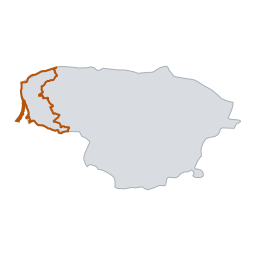 Klaipedos highlighted on a map of Lithuania
{"feature_id": "LTU-935", "entity_name": "Klaipedos", "entity_type": "County", "adm_level": 1, "iso_a3": "LTU", "parent_name": "Lithuania", "parent_adm1": "", "projection": "robinson", "projection_center": [21.636, 55.706], "detail": "fine", "context": "in_parent", "style": "outline", "palette": "amber", "viewbox_px": 256, "rotation_deg": 0, "n_neighbors": 0, "source": "natural_earth", "source_scale": "10m", "svg_char_len": 5173}
<svg xmlns="http://www.w3.org/2000/svg" viewBox="0 0 256 256"><path d="M87.2,166.7L85.6,164.3L83.9,159.9L84.0,156.4L85.0,152.9L89.6,142.7L89.3,141.0L85.9,138.2L81.7,136.1L79.4,131.8L70.9,131.5L62.9,131.8L60.3,131.5L52.7,129.7L45.4,126.9L40.5,125.2L36.3,123.3L34.1,121.3L30.6,121.8L28.2,121.8L28.3,121.5L26.9,118.0L28.3,112.6L25.8,104.7L21.7,95.2L21.4,85.0L21.1,82.7L31.4,77.0L44.2,70.9L47.2,70.3L59.0,66.7L60.6,66.4L71.3,67.1L79.7,68.0L86.8,67.8L90.6,66.9L94.2,67.7L97.0,70.4L99.9,70.1L102.8,68.3L118.7,70.0L122.2,69.9L126.3,70.2L133.7,71.8L138.0,73.3L147.4,72.4L151.4,72.4L153.5,71.8L159.9,67.7L162.7,66.9L165.2,66.2L167.6,66.8L169.2,70.4L174.2,76.4L179.4,77.5L193.9,79.8L196.9,81.1L205.1,86.4L210.1,89.0L213.2,91.1L218.1,95.3L220.9,98.2L225.6,100.5L231.1,102.0L233.0,102.3L233.0,104.4L232.2,108.1L230.5,112.9L228.7,116.6L228.3,118.0L229.8,119.2L237.0,119.8L240.0,120.4L240.6,121.4L239.1,122.7L236.9,123.7L235.9,124.7L234.2,128.3L222.3,127.9L220.7,128.6L220.0,130.3L219.5,132.2L218.0,134.5L214.9,136.5L210.0,137.3L206.0,138.7L203.1,142.9L201.0,148.7L201.1,152.8L201.5,155.0L201.3,156.3L199.8,157.8L197.4,161.5L195.4,165.7L194.7,167.9L195.1,169.0L197.4,169.0L200.7,169.9L202.5,171.5L203.2,173.4L203.3,175.5L202.7,176.6L200.1,177.5L195.9,177.5L193.5,176.5L192.9,175.7L194.1,173.7L193.2,171.3L191.4,169.9L188.0,171.9L184.6,171.9L180.6,173.8L178.0,176.7L175.5,177.8L168.7,177.2L167.0,178.5L165.7,184.6L164.9,185.7L159.2,185.5L153.7,187.9L147.6,189.8L144.4,188.5L142.6,186.9L139.2,187.2L135.5,187.9L133.0,187.5L130.3,187.7L124.9,188.8L118.1,188.5L115.2,187.5L114.9,186.5L115.1,184.2L115.0,180.5L113.9,177.3L110.6,174.5L107.2,172.5L102.9,170.4L99.7,169.5L97.9,169.3L97.5,168.1L96.9,167.1L95.4,166.2L92.2,165.0L89.4,164.7L87.2,166.7ZM17.6,121.1L15.4,120.7L19.8,115.1L21.4,111.5L22.6,106.4L23.7,104.7L23.7,107.1L23.2,111.0L20.4,117.6L17.6,121.1Z" fill="#d9dde1" stroke="#a8b0b8" stroke-width="1"/><path d="M21.4,82.6L22.8,82.4L25.1,82.3L26.6,82.0L27.2,81.1L27.5,79.8L28.1,78.2L29.1,77.2L30.4,76.1L31.9,75.3L33.0,74.8L34.8,74.8L35.3,74.6L37.9,73.3L40.7,71.7L42.1,71.2L45.4,71.1L47.4,70.4L56.1,67.5L56.0,68.0L55.5,68.3L54.1,68.8L53.8,69.1L53.7,69.4L53.8,69.7L54.0,70.0L54.3,70.2L54.6,70.5L54.9,70.9L54.9,71.9L55.0,72.4L55.1,72.8L55.6,73.2L55.8,73.4L56.9,75.3L57.0,75.7L56.9,75.9L56.6,76.1L56.2,76.1L55.9,76.2L55.6,76.4L55.4,76.9L55.1,77.3L55.0,77.5L54.5,78.3L53.6,79.7L53.3,79.9L52.9,80.1L51.0,80.1L50.5,80.1L50.2,80.4L49.8,80.7L49.5,80.9L49.1,81.0L47.6,81.0L47.2,81.2L45.4,82.5L45.1,83.5L43.8,85.3L43.4,85.7L43.1,85.9L42.2,86.0L41.7,86.3L41.6,86.6L41.6,86.9L41.7,87.2L41.8,87.5L41.6,89.5L41.6,89.9L41.8,90.3L42.0,90.6L42.6,91.4L42.8,91.7L42.9,92.0L42.7,92.3L42.2,92.6L42.1,92.9L41.9,93.0L39.9,94.2L39.3,94.6L39.1,94.9L39.0,95.2L39.0,95.4L39.0,95.7L40.6,95.8L41.0,95.8L41.5,95.6L42.2,95.1L42.4,95.2L42.5,95.4L42.4,95.7L42.5,96.0L42.9,96.5L43.2,96.8L43.4,97.0L43.3,97.4L43.1,97.6L43.0,97.9L43.2,98.2L43.5,98.2L43.9,98.2L44.4,98.1L46.2,98.1L47.1,97.8L47.7,97.8L48.0,97.9L48.1,98.1L48.0,98.4L48.0,98.6L48.0,98.9L47.9,99.2L47.7,99.4L47.8,99.7L48.5,100.6L48.7,100.9L48.7,101.1L48.9,101.8L49.1,102.1L49.4,102.4L49.5,102.7L49.6,103.0L50.8,104.2L52.8,105.4L53.0,105.9L52.9,106.1L52.7,106.4L52.4,106.6L50.4,107.2L50.5,107.7L51.0,108.1L51.2,108.3L51.4,109.9L51.6,110.3L52.2,110.7L52.4,111.1L53.2,113.5L53.6,113.8L54.0,113.8L54.6,113.4L55.0,113.3L55.3,113.4L56.1,113.9L57.7,114.4L58.9,114.7L59.2,114.8L59.3,115.0L59.3,115.4L58.7,115.6L58.4,117.0L58.1,117.4L57.6,117.8L57.0,118.2L54.1,120.6L53.7,121.2L53.8,121.6L54.3,121.8L55.5,121.9L59.1,123.1L59.5,123.3L59.7,123.6L60.2,124.7L60.8,125.6L60.9,125.9L60.8,126.2L60.6,127.0L60.8,127.2L61.1,127.2L61.6,127.0L62.3,126.6L62.6,126.4L63.5,126.3L63.9,126.4L64.3,126.5L65.0,127.0L65.4,127.2L65.9,127.2L66.7,127.1L67.0,127.1L67.3,127.2L67.6,127.3L68.0,127.3L68.3,127.3L69.0,127.5L69.0,128.1L68.9,128.3L68.6,128.7L68.4,129.2L68.0,129.9L67.9,130.2L67.9,131.2L67.9,131.3L67.2,131.2L63.0,132.0L62.6,132.4L62.1,132.8L61.4,133.2L60.5,133.2L59.5,133.0L58.6,132.5L58.3,131.7L58.3,130.9L58.2,130.3L57.7,130.1L56.7,130.2L55.7,130.7L55.4,130.8L55.0,130.7L54.0,130.3L52.7,130.0L51.9,129.7L50.6,128.8L48.0,128.4L47.3,128.0L46.7,127.4L44.0,125.9L42.4,125.3L38.5,125.2L37.1,124.4L34.7,121.4L33.6,120.6L32.6,120.7L29.5,122.6L29.5,122.3L29.3,121.2L29.3,120.9L29.6,120.7L29.9,120.7L30.1,120.7L30.4,120.2L30.3,119.8L30.0,119.3L29.7,118.8L29.5,118.5L29.2,118.3L29.0,117.8L29.1,116.7L28.7,116.7L26.4,118.2L26.2,117.8L26.2,117.7L26.3,117.7L27.8,115.3L28.1,114.9L28.7,114.4L28.7,113.2L28.3,111.2L27.8,109.8L27.8,109.4L27.6,109.2L27.2,108.9L26.9,108.6L26.7,108.1L26.8,107.5L26.8,107.1L26.8,106.8L26.7,106.3L25.3,103.5L25.0,102.7L24.9,101.7L24.7,101.3L23.1,99.3L22.7,99.0L22.4,98.8L22.1,98.5L22.0,97.3L21.6,96.4L21.0,92.3L21.0,90.1L21.1,89.6L21.5,88.9L21.6,88.5L21.6,84.3L21.4,82.6ZM18.8,121.4L16.3,120.9L19.2,117.3L20.8,114.5L22.4,110.5L22.8,106.4L23.1,105.6L22.9,105.4L23.1,104.9L22.7,103.9L22.9,100.9L22.5,99.6L23.8,100.7L24.3,102.8L24.4,107.1L24.3,107.7L23.9,108.5L23.8,109.1L23.8,110.9L23.4,111.7L22.8,112.5L22.6,113.2L23.3,113.9L23.3,114.2L22.7,114.7L22.0,115.6L21.4,116.7L21.2,117.7L20.7,118.7L18.8,120.5L18.8,121.4Z" fill="none" stroke="#b45309" stroke-width="2"/></svg>